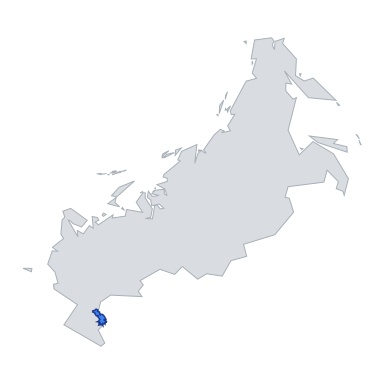 location of Astrakhan' within Russia
{"feature_id": "RUS-2388", "entity_name": "Astrakhan'", "entity_type": "Region", "adm_level": 1, "iso_a3": "RUS", "parent_name": "Russia", "parent_adm1": "", "projection": "albers", "projection_center": [47.293, 47.158], "detail": "coarse", "context": "in_parent", "style": "filled", "palette": "blue", "viewbox_px": 384, "rotation_deg": 0, "n_neighbors": 0, "source": "natural_earth", "source_scale": "10m", "svg_char_len": 4325}
<svg xmlns="http://www.w3.org/2000/svg" viewBox="0 0 384 384"><path d="M348.4,178.7L344.2,195.3L342.9,191.2L336.2,188.7L338.4,181.6L327.1,170.2L323.9,182.1L288.1,186.7L285.1,197.2L289.3,198.2L293.6,212.2L274.8,234.7L243.5,244.3L246.7,256.3L230.9,260.7L222.2,276.1L206.6,273.8L197.7,279.2L182.3,266.5L174.7,274.4L159.9,269.3L140.0,280.7L143.3,285.0L138.2,291.2L142.0,296.6L110.7,295.1L100.6,301.9L98.2,311.4L106.7,321.6L98.2,330.0L104.8,343.1L101.0,346.2L63.9,324.8L77.5,304.7L54.0,288.9L53.5,284.3L58.0,283.2L55.0,272.1L47.7,264.1L52.2,250.9L57.5,251.3L52.4,247.3L63.6,238.5L60.9,234.2L62.1,219.9L64.8,217.1L62.9,211.2L70.7,208.4L87.2,220.3L81.6,227.0L73.1,223.7L70.3,220.8L68.2,220.1L77.8,236.7L77.3,230.5L83.3,233.9L89.4,225.7L93.3,228.2L92.2,216.5L97.4,217.5L98.9,220.2L95.2,222.1L98.5,224.8L113.1,214.8L112.3,218.0L125.3,216.1L126.5,209.5L142.6,212.3L136.2,202.2L142.8,192.8L145.3,192.9L145.2,198.0L152.3,208.7L150.7,217.4L145.5,218.5L152.4,218.9L154.6,206.1L156.9,204.7L160.2,208.9L163.8,208.3L159.3,204.1L151.6,205.7L150.7,199.9L147.3,197.4L148.4,191.2L152.2,196.4L157.2,195.8L158.4,195.2L151.8,193.8L155.2,190.3L164.0,189.2L164.4,194.1L166.9,195.2L164.8,189.0L156.9,184.7L167.3,181.4L167.3,178.3L163.1,177.1L164.0,174.4L180.2,161.0L177.8,159.9L181.5,151.4L196.9,144.5L194.7,163.3L197.9,153.6L201.5,150.3L204.6,152.9L205.4,153.1L205.9,152.7L203.6,149.8L214.2,134.8L220.4,129.3L224.1,131.0L221.5,132.8L230.4,130.8L227.6,125.9L234.8,114.3L231.2,114.5L230.3,110.8L246.2,81.1L256.6,78.3L252.2,73.1L256.5,58.8L251.1,58.9L254.6,40.0L271.5,37.8L274.0,40.9L272.2,44.7L274.4,49.7L275.1,41.4L284.2,38.3L282.6,43.5L296.4,59.0L295.5,75.6L304.2,81.0L313.3,78.1L335.9,100.3L308.4,97.7L284.3,70.8L291.7,84.1L285.9,83.1L285.8,90.9L293.0,99.2L296.4,97.6L288.1,130.2L299.2,154.9L313.0,141.6L333.5,153.8L348.4,178.7ZM134.6,180.9L116.7,196.9L111.5,195.7L119.2,187.2L134.6,180.9ZM309.4,136.0L337.6,139.6L333.4,143.5L346.9,146.7L347.2,152.2L317.9,142.5L309.4,136.0ZM107.8,203.7L116.3,197.4L114.9,202.5L119.7,206.8L107.8,203.7ZM219.3,113.5L219.6,105.5L223.7,100.1L219.3,113.5ZM166.4,154.4L174.3,152.6L165.0,157.4L166.4,154.4ZM163.0,153.7L168.9,150.7L161.8,156.7L163.0,153.7ZM175.5,150.1L181.3,148.1L175.2,155.4L175.5,150.1ZM225.2,99.3L225.6,95.4L227.5,91.7L225.2,99.3ZM23.0,268.3L31.9,268.4L31.4,271.7L23.0,268.3ZM102.8,174.1L106.6,173.5L99.2,174.7L102.8,174.1ZM227.0,109.0L230.6,105.9L227.6,111.9L227.0,109.0ZM106.1,214.4L103.4,216.4L102.1,215.1L103.4,213.1L106.1,214.4ZM110.0,173.0L113.4,172.1L115.3,172.4L110.0,173.0ZM121.7,171.3L120.3,172.6L117.7,172.7L118.2,171.9L121.7,171.3ZM125.1,170.8L122.2,171.2L126.3,170.0L125.1,170.8ZM122.6,207.5L124.4,210.4L121.6,208.5L122.6,207.5ZM165.2,155.9L163.5,157.7L161.7,157.9L165.2,155.9ZM111.9,171.5L116.3,170.7L114.8,171.6L111.9,171.5ZM246.3,41.1L246.1,43.6L244.1,41.4L246.3,41.1ZM99.5,173.5L102.2,173.8L96.7,173.9L99.5,173.5ZM142.7,191.8L139.9,193.0L142.6,191.6L142.7,191.8ZM198.6,149.9L200.7,150.2L198.5,151.2L198.6,149.9ZM252.1,61.0L252.9,63.1L252.2,64.2L252.1,61.0ZM116.5,173.5L114.4,173.4L117.7,173.3L116.5,173.5ZM115.7,171.5L117.0,172.1L114.5,171.9L115.7,171.5ZM355.9,134.2L357.5,135.6L359.4,138.9L355.9,134.2ZM113.0,173.9L114.5,174.5L112.6,174.6L113.0,173.9ZM154.9,190.1L153.2,191.6L152.6,191.7L154.9,190.1ZM301.0,73.8L300.2,75.9L299.4,73.8L301.0,73.8ZM225.5,108.7L226.4,110.1L225.2,110.2L225.5,108.7ZM300.4,148.1L302.9,148.8L301.8,149.8L300.4,148.1ZM336.5,102.4L339.6,105.2L338.4,105.6L336.5,102.4ZM109.8,174.4L108.1,174.8L107.4,174.6L109.8,174.4ZM155.3,187.3L155.4,188.7L154.8,188.6L155.3,187.3ZM217.9,114.3L218.1,115.7L216.8,114.6L217.9,114.3ZM360.4,144.5L358.9,140.0L361.0,144.7L360.4,144.5Z" fill="#d9dde1" stroke="#a8b0b8" stroke-width="1"/><path d="M98.0,310.1L97.6,311.4L99.6,312.1L99.7,314.4L100.4,314.9L100.6,314.2L102.6,314.5L104.2,316.2L105.9,319.3L104.1,319.8L104.3,320.3L105.6,320.7L106.9,321.8L106.4,321.4L106.3,322.3L104.7,322.6L105.1,323.2L105.0,323.9L104.5,323.2L102.0,325.0L101.1,324.2L101.4,325.2L100.5,324.3L101.1,325.2L100.4,324.6L98.8,325.1L99.8,322.6L98.7,322.7L98.8,321.9L97.5,321.7L99.1,321.0L99.0,320.3L99.9,319.5L97.6,316.3L98.6,315.4L97.1,316.1L96.3,315.7L95.1,314.1L95.1,313.2L92.7,311.9L93.4,310.9L94.0,311.0L93.5,310.7L94.8,310.4L96.1,309.1L98.0,310.1ZM102.6,325.4L102.3,325.1L102.4,324.7L102.6,325.4Z" fill="#3b82f6" stroke="#1e3a8a" stroke-width="1.5"/></svg>